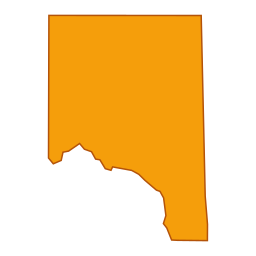 Crane, Texas, United States of America
{"feature_id": "52423323B45238818245083", "entity_name": "Crane", "entity_type": "district", "adm_level": 2, "iso_a3": "USA", "parent_name": "United States of America", "parent_adm1": "Texas", "projection": "orthographic", "projection_center": [-102.544, 31.369], "detail": "fine", "context": "isolated", "style": "filled", "palette": "amber", "viewbox_px": 256, "rotation_deg": 0, "n_neighbors": 0, "source": "geoboundaries", "source_scale": "gbopen_adm2", "svg_char_len": 477}
<svg xmlns="http://www.w3.org/2000/svg" viewBox="0 0 256 256"><path d="M48.9,15.4L48.5,158.0L53.3,163.8L61.2,160.4L63.0,152.2L68.6,151.1L79.6,143.5L84.4,149.2L91.5,151.7L95.6,159.1L99.9,159.8L105.3,168.7L111.0,170.3L112.6,166.9L131.7,170.4L138.8,174.3L145.0,180.4L156.4,190.1L160.0,191.4L163.6,197.9L165.9,215.6L163.4,223.6L166.8,228.0L171.6,240.0L177.5,240.3L207.4,240.6L207.5,224.3L205.2,196.1L201.2,15.5L48.9,15.4Z" fill="#f59e0b" stroke="#b45309" stroke-width="1.5"/></svg>